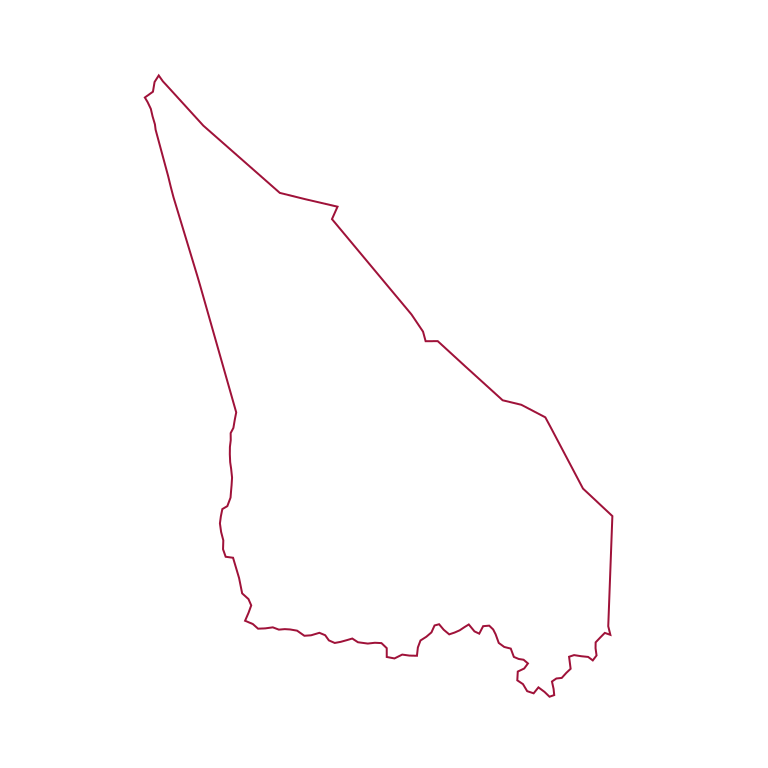 outline of Ponto Novo, Bahia, Brazil, rotated 176°
{"feature_id": "56859067B49472720818380", "entity_name": "Ponto Novo", "entity_type": "district", "adm_level": 2, "iso_a3": "BRA", "parent_name": "Brazil", "parent_adm1": "Bahia", "projection": "robinson", "projection_center": [-40.103, -10.99], "detail": "fine", "context": "isolated", "style": "outline", "palette": "rose", "viewbox_px": 768, "rotation_deg": 176, "n_neighbors": 0, "source": "geoboundaries", "source_scale": "gbopen_adm2", "svg_char_len": 1835}
<svg xmlns="http://www.w3.org/2000/svg" viewBox="0 0 768 768"><g transform="rotate(176 384 384)"><path d="M587.2,707.5L591.8,701.3L594.1,691.7L602.6,686.5L600.2,681.8L597.4,674.7L596.2,667.1L594.4,659.0L594.1,653.6L584.8,606.3L583.0,595.7L581.0,585.1L562.7,504.9L560.6,495.3L533.4,366.0L535.4,358.6L537.3,350.7L540.4,345.7L540.8,338.7L542.1,332.0L542.7,324.7L542.9,316.7L542.4,310.0L542.1,301.2L543.1,293.7L544.0,288.1L545.0,281.4L548.8,273.1L554.0,270.5L556.0,263.2L557.4,256.4L556.8,247.7L555.2,239.2L556.1,230.4L554.0,222.7L546.7,221.2L542.1,200.5L540.1,185.0L534.2,178.9L531.9,172.4L535.0,165.4L539.1,157.5L531.6,153.7L526.7,148.7L519.6,148.5L511.9,149.0L506.0,146.3L500.1,146.4L494.8,145.7L487.9,144.0L481.0,138.4L474.3,138.4L465.8,140.3L460.2,137.5L456.9,132.1L451.2,129.1L445.2,129.8L438.8,131.1L433.4,132.3L428.0,128.2L418.3,126.2L411.1,126.5L404.6,125.7L399.7,120.3L400.3,111.5L392.7,109.5L384.7,112.8L377.6,111.3L370.1,110.6L368.6,118.8L365.5,125.6L359.4,128.9L354.0,132.9L350.4,139.6L345.8,140.5L341.6,134.7L336.4,129.7L331.0,131.1L325.7,133.0L320.8,135.8L316.2,138.2L311.0,130.9L306.4,128.3L302.0,135.5L295.9,135.6L292.2,131.5L290.1,126.5L287.6,117.7L282.4,113.3L276.0,111.2L273.5,102.7L268.8,100.3L264.0,99.2L259.9,95.2L264.0,90.4L270.6,87.8L271.7,79.1L266.3,74.9L262.6,67.6L256.3,65.0L251.1,70.6L245.4,65.7L240.7,60.5L235.9,61.8L236.1,68.0L237.2,75.5L232.6,78.2L227.2,78.4L222.3,83.1L217.7,86.9L218.4,99.0L213.3,100.3L206.3,98.7L199.4,97.5L195.0,93.7L190.9,98.4L191.4,105.7L190.9,111.5L186.0,116.0L181.1,120.3L175.7,118.0L177.2,126.7L165.4,236.3L192.8,265.8L220.8,329.3L225.4,339.5L248.5,353.7L266.8,359.5L301.5,395.7L327.4,423.0L339.5,423.8L341.4,433.5L351.7,451.4L424.4,552.1L418.0,564.1L449.5,573.8L474.6,581.9L546.2,654.3L578.3,694.9L583.5,701.4L587.2,707.5Z" fill="none" stroke="#9f1239" stroke-width="2"/></g></svg>